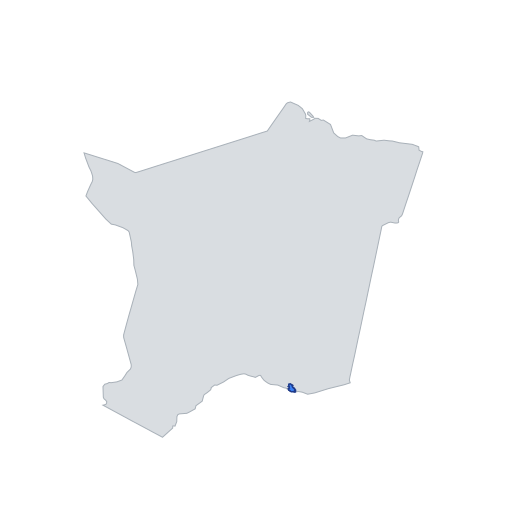 location of Teso South, Western, Kenya, rotated 253°
{"feature_id": "3690345B15305563297607", "entity_name": "Teso South", "entity_type": "district", "adm_level": 2, "iso_a3": "KEN", "parent_name": "Kenya", "parent_adm1": "Western", "projection": "albers", "projection_center": [34.227, 0.538], "detail": "fine", "context": "in_parent", "style": "filled", "palette": "blue", "viewbox_px": 512, "rotation_deg": 253, "n_neighbors": 0, "source": "geoboundaries", "source_scale": "gbopen_adm2", "svg_char_len": 4461}
<svg xmlns="http://www.w3.org/2000/svg" viewBox="0 0 512 512"><g transform="rotate(253 256 256)"><path d="M107.2,309.0L107.1,302.6L108.0,286.4L107.9,272.2L108.7,265.0L112.2,260.5L113.9,257.2L115.0,252.6L116.9,248.9L121.0,245.9L121.8,244.2L126.2,239.1L128.9,232.5L130.9,230.3L133.4,228.3L135.1,227.2L138.0,226.1L140.3,225.5L140.7,225.0L140.9,223.9L140.1,219.9L141.1,218.5L142.7,215.8L144.4,213.3L146.0,211.7L146.9,210.0L147.3,207.2L147.4,205.2L147.4,201.9L146.9,194.3L145.0,188.1L143.8,181.0L144.7,178.7L143.2,174.6L142.5,174.4L141.3,173.5L139.7,169.6L138.6,166.1L137.9,165.2L132.9,162.1L130.4,154.8L127.6,153.1L126.1,145.9L125.8,143.8L127.4,136.6L127.2,134.9L125.5,133.4L120.8,131.8L117.0,128.8L117.5,127.8L117.8,126.7L115.8,126.0L110.0,113.6L117.5,106.1L125.1,98.6L134.7,89.0L143.6,80.3L151.3,72.7L158.1,66.0L158.0,67.2L158.0,69.0L158.8,70.0L160.3,70.7L162.2,70.0L163.9,68.9L165.6,68.7L175.9,71.5L177.6,73.9L177.5,76.6L178.0,78.5L177.2,80.4L176.3,86.2L176.6,91.5L179.7,95.5L182.4,98.6L184.6,102.9L186.3,104.2L188.5,104.9L195.6,105.1L206.1,105.4L216.1,105.6L217.1,105.7L219.2,106.3L228.5,112.1L237.0,117.5L244.2,122.2L251.2,126.7L258.0,131.1L263.3,134.7L268.5,135.8L276.9,136.3L282.8,136.5L288.2,138.0L296.2,139.4L302.2,140.1L305.8,140.9L315.9,141.7L317.5,141.2L321.9,137.1L326.9,130.5L328.8,126.9L335.2,123.2L346.4,118.1L354.3,114.5L363.1,110.9L367.1,114.0L372.7,118.9L375.2,121.3L377.2,122.4L380.2,123.1L383.8,123.1L385.8,123.0L389.9,122.3L399.4,121.7L404.9,121.7L400.4,128.3L394.9,136.3L384.9,150.9L377.2,158.6L371.4,164.4L370.9,165.5L370.9,171.9L371.1,187.7L371.4,219.2L371.7,250.8L372.0,282.3L372.2,298.0L372.2,303.3L377.4,309.9L382.4,316.3L389.1,324.9L392.7,329.4L393.3,330.9L393.2,334.0L387.7,340.4L383.3,343.4L377.3,344.8L375.5,344.6L373.1,343.7L372.2,345.2L371.5,347.6L370.1,347.1L369.1,346.4L369.8,350.6L370.4,352.7L369.5,355.6L366.6,358.1L366.3,360.2L360.0,365.7L351.0,366.3L346.3,369.1L344.2,371.3L342.7,376.2L343.3,383.7L340.8,389.4L340.3,392.3L335.7,396.0L333.7,399.5L332.2,402.9L330.8,404.5L329.3,412.3L327.2,417.0L326.6,418.6L326.1,420.0L324.4,422.8L323.3,424.7L322.5,425.9L317.1,438.1L312.9,443.5L309.5,442.9L307.3,445.1L307.0,446.0L305.8,445.5L303.0,443.5L297.2,439.4L291.5,435.3L285.7,431.3L279.9,427.2L274.1,423.1L268.3,419.0L262.6,414.9L256.8,410.8L253.4,408.4L251.9,407.0L250.7,404.2L250.1,403.5L248.6,402.6L246.8,402.4L246.3,401.8L246.3,400.5L246.9,398.5L249.0,394.7L249.2,392.5L248.8,390.0L248.1,385.9L247.6,385.0L243.7,382.9L235.7,378.5L227.7,374.1L219.7,369.7L211.7,365.3L203.7,360.8L195.7,356.4L187.7,352.0L179.7,347.6L171.7,343.1L163.7,338.7L155.7,334.3L147.7,329.8L139.7,325.4L131.7,321.0L123.8,316.5L115.8,312.1L112.8,310.4L110.1,309.0L107.2,309.0ZM373.1,351.4L371.7,351.7L372.4,349.6L376.5,346.8L378.2,347.4L378.5,348.1L378.4,348.6L377.7,349.2L373.1,351.4Z" fill="#d9dde1" stroke="#a8b0b8" stroke-width="1"/><path d="M118.6,253.8L118.7,253.6L118.8,253.5L118.9,253.3L118.9,253.2L119.0,253.2L119.2,253.3L119.3,253.2L119.5,253.0L119.5,252.9L119.7,252.7L119.8,252.7L120.0,252.6L120.3,252.6L120.5,252.6L120.8,252.6L121.0,252.6L121.3,252.6L121.3,252.8L121.3,253.0L121.2,253.1L121.2,253.3L121.3,253.4L121.5,253.4L121.8,253.2L122.0,253.0L122.0,252.9L122.2,252.7L122.3,252.7L122.4,252.4L122.5,252.4L122.6,252.2L122.8,252.2L123.0,252.1L123.2,251.9L123.3,251.8L123.4,251.7L123.5,251.6L123.6,251.4L123.7,251.2L123.8,251.2L123.8,250.9L123.8,250.7L123.7,250.7L123.7,250.4L123.7,250.2L123.8,250.1L123.8,249.9L123.7,249.9L123.7,250.0L123.6,249.9L123.4,249.8L123.3,249.7L123.2,249.7L122.8,249.6L122.3,249.3L122.2,249.2L121.9,248.8L121.8,249.0L121.9,249.3L121.9,249.5L121.6,249.7L120.1,249.2L120.1,248.9L120.1,248.7L120.0,248.4L119.9,248.5L119.9,248.4L119.7,248.3L119.5,248.2L119.4,248.2L119.2,248.2L118.9,248.2L118.7,248.1L118.4,248.1L118.2,248.1L118.2,248.3L118.0,248.5L117.9,248.6L117.8,248.8L117.7,248.8L117.4,248.8L117.3,249.0L117.2,249.0L116.9,249.1L116.8,249.3L116.7,249.3L116.6,249.5L116.4,249.6L116.2,249.7L115.6,250.6L115.6,251.3L115.2,252.0L115.3,252.0L115.4,252.3L115.2,252.5L115.3,252.5L115.3,252.8L115.3,253.0L115.3,253.3L115.3,253.5L115.2,253.5L114.9,253.7L114.8,253.8L114.7,253.9L114.6,254.0L114.8,254.1L115.0,254.2L115.2,254.3L115.4,254.3L115.5,254.4L115.8,254.5L116.0,254.6L116.3,254.6L116.3,254.4L116.3,254.2L116.5,253.8L116.8,253.9L117.0,253.9L117.1,254.0L117.3,254.1L117.5,254.2L117.8,254.2L118.0,254.0L118.1,253.9L118.2,254.0L118.3,254.0L118.5,253.9L118.6,253.8Z" fill="#3b82f6" stroke="#1e3a8a" stroke-width="1.5"/></g></svg>